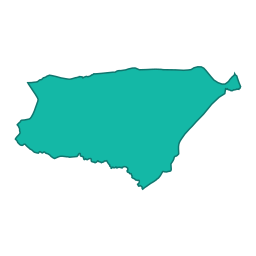 outline of Sai Thong Watthana, Kamphaeng Phet, Thailand
{"feature_id": "78962969B33037447710265", "entity_name": "Sai Thong Watthana", "entity_type": "district", "adm_level": 2, "iso_a3": "THA", "parent_name": "Thailand", "parent_adm1": "Kamphaeng Phet", "projection": "orthographic", "projection_center": [99.868, 16.3], "detail": "fine", "context": "isolated", "style": "filled", "palette": "teal", "viewbox_px": 256, "rotation_deg": 0, "n_neighbors": 0, "source": "geoboundaries", "source_scale": "gbopen_adm2", "svg_char_len": 5590}
<svg xmlns="http://www.w3.org/2000/svg" viewBox="0 0 256 256"><path d="M240.6,86.7L238.8,82.2L237.7,79.0L237.2,77.5L236.9,76.3L236.6,75.8L236.3,75.6L235.7,75.2L235.1,74.6L234.7,73.7L234.4,74.8L234.0,75.4L232.3,76.8L230.0,79.4L228.5,81.5L226.6,83.0L225.0,84.1L222.0,84.1L217.9,82.6L214.0,80.1L210.9,76.6L206.0,70.6L203.8,68.2L201.3,66.9L197.7,66.8L194.0,67.8L191.1,69.6L188.2,70.0L183.6,70.3L175.8,69.9L163.1,69.7L161.3,69.4L158.6,69.3L155.7,69.2L152.2,69.3L146.0,69.6L139.4,69.8L137.1,68.8L135.8,68.2L135.0,68.0L132.3,68.1L128.3,69.0L125.7,69.9L120.9,70.6L119.5,70.6L118.4,70.7L117.5,70.9L116.7,71.2L115.2,72.2L114.8,72.2L113.0,72.2L101.3,73.4L95.1,73.9L93.8,73.8L93.7,73.9L92.7,74.7L91.9,74.9L91.5,75.0L91.1,75.4L91.1,75.5L90.5,75.8L89.7,76.2L89.1,76.4L88.5,76.5L88.0,76.8L87.4,76.7L87.0,76.5L86.6,76.4L86.2,76.4L83.8,77.3L83.2,77.8L82.8,77.9L82.7,77.8L82.5,77.5L82.5,77.1L82.4,77.0L80.9,76.7L79.3,76.6L79.2,76.6L79.1,76.9L79.0,77.1L77.5,77.3L76.2,77.7L75.6,77.7L72.9,78.5L71.1,79.0L69.8,79.2L68.9,79.2L66.7,78.9L61.0,77.9L55.9,76.5L51.9,75.6L49.5,75.2L48.0,75.8L46.9,76.2L45.7,77.1L45.1,77.3L44.3,77.6L43.4,77.8L42.3,78.8L41.7,79.5L41.3,79.6L39.6,80.0L37.9,81.4L37.2,81.8L35.7,82.1L33.6,82.3L31.4,82.6L27.8,82.7L28.3,83.7L33.4,91.4L35.3,94.2L37.4,97.7L38.0,99.1L38.1,99.5L37.8,101.4L37.3,102.6L36.4,105.2L35.3,108.2L34.5,110.6L33.7,112.4L33.1,113.8L31.4,116.9L30.3,118.3L29.7,118.8L28.9,119.1L24.4,120.0L21.7,120.2L21.3,120.4L20.9,120.7L19.9,122.2L19.2,122.7L17.2,124.7L17.2,124.8L18.2,125.9L19.3,128.1L19.6,129.0L19.6,130.4L19.7,131.0L19.8,131.3L20.0,132.2L20.0,132.9L19.8,133.6L19.3,134.2L18.3,135.4L17.1,136.6L16.0,138.0L15.5,138.7L15.4,139.2L16.5,140.2L17.2,141.1L17.7,142.4L18.2,143.0L19.8,144.6L20.9,145.2L21.6,145.3L22.0,145.4L22.4,145.3L22.9,145.1L23.3,144.8L23.6,144.5L23.9,144.3L24.3,144.2L24.7,144.2L24.9,144.2L25.2,144.3L25.4,144.5L26.0,145.3L26.7,146.0L27.2,146.5L29.1,148.1L29.6,148.6L30.1,149.1L30.4,149.3L31.1,149.5L31.7,149.9L32.1,150.2L33.7,151.7L34.4,152.2L34.7,152.3L36.9,152.9L38.2,153.1L38.4,153.1L38.5,153.0L39.4,151.8L39.5,151.7L39.8,151.7L40.1,151.7L40.4,151.8L41.7,152.7L42.3,152.9L42.5,152.9L43.2,152.4L44.0,152.0L44.5,152.0L44.9,152.3L45.7,153.1L46.4,153.4L47.7,153.7L49.5,154.8L49.9,155.1L50.5,155.8L51.3,156.6L52.2,157.2L53.2,157.9L54.6,158.5L58.5,156.8L60.1,156.3L62.2,156.2L67.0,156.8L67.4,156.7L68.0,156.8L69.5,157.2L77.0,156.5L77.9,155.3L78.3,154.9L78.4,154.5L78.6,154.1L78.9,153.8L79.3,153.5L79.6,153.5L79.9,153.5L80.1,153.5L80.3,153.7L80.3,154.1L80.3,154.5L80.3,155.0L80.3,155.3L80.5,155.7L80.7,156.0L81.4,156.3L82.1,156.3L83.4,157.1L83.5,157.2L83.4,157.7L83.7,158.7L83.9,159.3L84.1,159.5L84.5,159.6L84.8,159.5L85.0,159.4L85.5,158.8L86.8,159.6L87.1,159.7L87.7,159.5L88.9,158.6L89.4,158.6L90.1,158.7L90.6,158.5L90.8,158.6L91.2,159.2L91.3,159.4L91.2,160.5L91.3,161.0L91.6,161.5L93.3,162.1L94.2,162.1L94.3,162.2L94.9,162.7L95.2,162.7L95.5,162.6L96.6,162.0L97.4,161.1L97.6,160.9L97.9,160.8L98.1,160.9L98.5,161.4L99.2,161.8L99.8,161.9L100.5,162.0L101.2,162.6L101.3,162.7L101.8,162.4L102.4,162.3L103.6,161.9L104.0,161.6L104.2,161.2L104.4,161.0L105.1,160.8L105.7,161.1L106.7,160.7L106.8,160.9L107.6,162.4L108.7,164.0L109.7,164.9L109.8,165.1L109.6,165.7L109.7,165.9L110.5,166.7L110.9,167.0L111.2,167.7L111.2,167.8L111.1,168.2L111.3,168.3L111.5,168.2L111.9,168.0L112.4,167.4L112.6,167.2L112.9,167.2L113.2,167.3L113.7,167.8L114.0,167.8L114.8,167.7L115.0,167.7L115.7,167.0L115.8,167.0L116.0,167.0L116.3,167.2L116.7,167.8L116.9,167.9L117.0,168.0L117.2,167.9L117.4,167.6L117.7,167.4L118.0,167.3L118.5,167.4L118.9,167.4L119.7,167.2L119.9,167.2L120.4,167.6L121.2,167.5L121.5,167.7L121.9,168.0L122.1,168.0L122.3,167.8L122.4,167.3L123.3,167.0L123.7,166.7L123.9,166.6L125.9,166.8L126.1,166.9L126.6,167.4L127.4,167.8L127.7,168.2L127.7,168.3L127.9,169.6L127.2,170.6L127.6,170.9L127.3,171.2L127.2,171.3L127.2,171.6L127.5,172.0L128.0,172.3L128.6,172.5L129.2,172.7L129.4,172.8L129.5,172.9L129.6,173.5L130.0,173.7L131.1,173.7L131.2,173.8L131.5,175.0L132.1,175.8L132.1,176.0L131.9,177.1L131.9,177.3L132.0,177.5L133.3,178.4L134.6,178.8L134.7,179.0L135.5,179.9L135.6,180.0L136.3,180.0L137.2,180.4L138.7,180.3L138.9,180.3L139.1,180.5L139.3,180.9L139.3,181.7L139.2,182.6L138.4,183.7L138.2,183.9L137.6,184.2L137.6,184.4L137.6,184.6L138.2,185.2L138.4,185.8L138.6,186.1L138.9,186.1L139.3,186.1L140.2,185.6L140.5,185.6L141.3,186.4L141.8,186.8L142.0,186.9L142.2,187.4L142.2,187.6L142.1,188.1L142.1,188.3L142.3,188.7L142.7,189.2L144.6,187.6L145.6,186.9L146.5,186.4L148.2,185.1L150.8,183.3L151.7,182.8L153.7,181.6L156.3,179.8L156.8,179.2L158.5,178.0L159.2,177.1L160.3,175.7L162.6,171.7L162.9,171.5L163.5,171.5L164.5,171.8L165.8,171.9L166.9,171.9L167.6,171.6L169.9,171.2L170.6,170.9L170.8,170.7L171.1,170.0L171.2,169.5L171.2,168.9L170.9,164.0L171.2,163.5L171.7,162.7L172.3,161.9L173.1,160.5L173.7,159.3L174.2,157.4L174.4,157.0L174.9,156.5L175.4,156.2L176.1,156.1L176.7,155.8L177.3,155.3L178.6,154.0L178.7,153.8L178.5,149.0L178.5,146.6L178.8,144.3L179.3,142.7L180.1,141.0L181.3,139.1L183.2,136.4L184.8,134.1L189.4,129.0L192.1,126.3L196.3,121.6L203.5,114.2L211.7,104.2L219.1,97.2L224.8,93.6L225.6,88.6L225.9,88.6L226.3,88.9L226.8,89.3L227.0,89.2L227.5,88.8L228.0,89.6L228.3,89.8L229.2,89.8L229.8,90.1L230.4,90.3L230.6,90.5L231.0,90.7L231.4,90.6L231.8,90.7L232.1,90.7L232.5,90.6L233.0,90.3L233.4,90.0L233.5,89.9L233.8,89.8L234.7,89.9L235.5,89.6L236.0,89.6L236.4,89.3L236.9,89.1L237.1,89.1L237.8,89.3L238.1,89.3L238.4,89.1L238.9,89.3L239.0,89.1L238.9,88.8L239.0,88.6L239.8,88.4L240.0,88.2L240.2,87.8L240.3,87.0L240.5,86.8L240.6,86.7Z" fill="#14b8a6" stroke="#0f766e" stroke-width="1.5"/></svg>